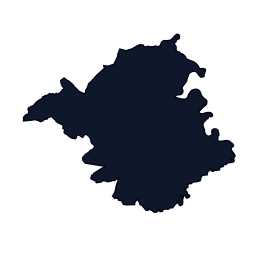 the district of Mexticacán, Jalisco, Mexico, rotated 263°
{"feature_id": "50627088B62341505788280", "entity_name": "Mexticacán", "entity_type": "district", "adm_level": 2, "iso_a3": "MEX", "parent_name": "Mexico", "parent_adm1": "Jalisco", "projection": "natural_earth1", "projection_center": [-102.764, 21.278], "detail": "fine", "context": "isolated", "style": "filled", "palette": "ink", "viewbox_px": 256, "rotation_deg": 263, "n_neighbors": 0, "source": "geoboundaries", "source_scale": "gbopen_adm2", "svg_char_len": 5816}
<svg xmlns="http://www.w3.org/2000/svg" viewBox="0 0 256 256"><g transform="rotate(263 128 128)"><path d="M185.4,70.7L183.3,67.0L179.6,67.2L179.4,67.7L177.4,67.8L176.4,68.9L175.6,69.2L174.9,69.2L173.4,67.1L172.8,66.8L172.3,66.8L172.1,65.8L171.4,65.6L171.2,64.8L170.9,64.5L170.8,63.3L170.4,63.0L170.1,62.1L170.2,61.7L171.1,61.0L170.4,60.0L170.2,58.6L171.3,57.5L171.2,57.2L171.0,55.9L171.5,54.9L171.5,54.3L171.4,53.8L169.9,51.2L170.4,49.8L169.4,49.1L169.1,47.5L169.4,47.4L169.1,47.0L168.3,46.8L167.7,46.3L167.6,45.6L167.0,45.1L166.4,42.9L164.5,39.9L162.0,37.2L161.6,36.5L161.6,36.1L161.2,35.6L161.2,34.3L160.3,33.3L160.4,32.3L159.7,31.6L158.8,31.1L157.9,31.2L157.7,31.7L157.2,31.8L154.6,31.1L154.1,30.7L153.9,30.2L153.4,28.1L152.9,27.3L151.9,26.9L151.6,25.8L147.8,25.2L147.6,33.1L147.7,37.5L147.0,38.2L146.9,39.0L145.1,41.9L145.0,42.4L145.5,44.2L145.9,44.1L146.9,46.8L146.8,48.3L147.0,49.1L148.0,49.3L148.5,51.4L148.7,53.8L148.0,54.6L147.3,54.6L144.8,56.9L143.2,57.6L141.1,60.1L139.8,62.5L138.8,63.6L138.2,64.0L137.9,63.8L137.5,63.9L136.3,63.6L135.8,63.3L134.2,65.0L132.1,64.2L131.2,64.2L130.5,64.5L128.7,67.0L127.1,68.3L125.1,70.6L124.1,73.4L124.1,74.1L123.9,74.2L124.5,75.2L125.1,75.6L127.1,76.1L127.1,78.4L124.2,81.7L124.5,82.2L125.7,83.0L126.8,84.5L127.0,85.8L126.4,86.4L124.3,88.3L121.7,89.5L118.4,89.8L117.3,90.2L116.7,90.8L115.8,91.6L115.2,92.7L113.9,92.5L112.2,91.8L111.5,91.0L110.7,89.7L110.5,88.1L108.6,86.0L107.1,82.8L104.5,79.8L103.5,79.4L102.0,79.3L100.3,79.8L99.6,80.5L98.4,81.2L92.7,101.1L92.1,99.5L91.8,99.4L91.5,97.9L90.2,95.1L87.0,88.5L86.3,87.9L85.8,87.8L85.4,86.2L83.5,85.6L82.9,85.1L82.0,85.2L79.1,89.9L78.0,89.7L77.6,90.1L77.7,91.7L77.6,92.3L77.6,94.4L78.6,95.9L78.8,97.6L78.2,99.3L77.2,100.9L77.3,103.6L77.9,106.9L77.5,107.9L77.9,109.1L78.9,110.2L78.7,111.5L79.5,112.7L79.2,112.8L78.3,112.4L72.4,109.5L66.0,107.3L62.1,104.4L61.6,105.1L60.0,106.1L59.7,108.3L59.8,109.4L59.1,109.4L59.1,109.9L57.5,109.9L56.4,113.3L55.0,113.3L52.8,114.1L52.0,116.9L51.2,125.2L52.2,125.3L54.4,126.3L55.9,129.0L52.3,130.4L50.2,130.8L50.1,132.0L45.9,134.9L44.4,135.5L43.9,137.6L44.8,139.2L43.4,141.5L41.5,143.6L41.1,144.5L41.1,145.6L41.8,147.4L43.1,148.5L43.0,149.7L42.2,149.7L41.7,149.3L41.2,149.6L41.1,152.0L41.8,151.8L42.3,152.0L42.7,152.5L42.7,153.4L43.0,153.8L42.9,155.0L43.3,155.2L43.4,155.8L42.7,157.0L42.5,157.9L43.1,159.4L44.0,160.5L43.4,161.9L43.4,162.6L46.6,165.7L47.1,166.4L47.6,167.9L49.0,168.5L49.2,169.4L49.1,170.1L46.5,169.2L46.0,169.2L44.8,169.9L44.5,170.6L45.4,172.4L45.7,172.8L48.2,173.3L50.5,173.4L52.5,174.5L53.2,174.5L53.4,174.2L53.3,172.2L53.4,171.7L54.1,171.7L54.8,172.0L55.0,173.4L54.1,174.5L53.8,176.3L53.3,177.0L51.8,177.3L51.4,177.7L51.3,178.6L52.3,180.5L52.5,180.7L53.6,180.7L54.2,180.2L54.9,179.1L57.6,178.6L58.3,177.8L58.6,177.7L58.6,177.2L59.5,176.6L60.0,176.5L60.5,176.9L60.2,177.8L61.7,179.0L62.0,180.3L63.8,180.2L65.2,181.4L65.4,182.1L65.1,183.4L65.2,184.2L66.4,185.4L66.5,191.4L67.1,193.4L69.1,194.0L71.6,195.3L72.1,198.8L71.8,200.7L72.7,201.1L74.0,200.8L74.5,201.7L75.4,202.3L75.8,203.9L76.6,203.7L77.2,204.3L77.1,205.7L75.4,205.8L74.8,206.5L74.7,207.2L75.5,208.9L75.1,210.9L75.7,211.8L75.2,212.7L75.2,213.3L75.6,213.8L76.8,213.9L77.7,214.3L77.9,214.8L78.2,217.7L80.2,219.1L80.3,219.6L80.0,220.1L79.8,220.8L81.2,222.5L81.3,227.4L81.8,228.9L82.7,229.4L83.7,229.3L83.3,227.4L83.6,226.7L84.0,226.4L84.7,227.1L85.3,229.2L87.3,230.8L90.2,229.7L92.6,228.2L94.4,227.8L95.4,227.9L95.9,228.2L97.3,230.5L98.4,230.4L99.7,229.8L100.9,228.3L102.3,227.4L103.3,225.3L103.6,223.5L103.4,218.4L103.6,217.2L104.2,215.9L104.8,215.5L105.6,215.5L108.7,216.3L109.8,217.3L111.7,217.4L113.1,217.0L114.8,217.0L115.5,216.5L116.3,215.1L116.6,213.1L116.0,211.6L113.9,210.5L112.6,211.1L111.7,210.9L110.7,209.9L110.2,208.9L110.0,207.1L110.3,206.0L111.4,204.6L112.9,203.8L115.6,203.5L117.2,203.6L119.3,202.9L122.2,202.7L123.3,203.0L124.9,204.1L125.7,205.5L127.2,206.8L127.7,208.4L129.5,209.2L129.7,209.8L129.2,211.5L129.2,212.5L129.9,213.3L131.0,213.4L131.7,213.2L133.0,211.9L133.5,210.6L133.6,207.3L132.9,203.7L133.3,202.1L133.7,201.1L134.5,200.5L135.3,200.5L136.3,201.1L139.3,204.7L141.2,207.7L142.0,208.7L144.2,209.4L145.4,209.4L146.2,209.0L149.2,206.1L150.2,205.5L152.4,204.5L154.9,204.1L156.0,203.5L157.0,202.7L158.0,201.0L158.2,198.8L157.8,196.5L157.0,195.1L153.6,192.1L152.0,191.5L150.5,190.5L149.9,189.3L149.6,187.8L150.3,184.3L151.8,180.4L152.3,179.4L152.9,178.9L153.5,178.9L154.7,179.7L154.9,181.0L154.7,183.8L155.2,185.3L156.4,186.5L158.5,187.1L160.2,186.4L161.9,186.7L162.5,187.1L167.2,191.7L170.6,192.9L172.7,194.3L173.8,194.5L174.5,195.0L175.7,197.0L176.3,198.6L176.4,199.7L176.1,201.3L175.3,203.0L171.7,205.0L169.8,206.3L169.6,206.9L169.6,208.2L170.1,209.7L170.4,209.9L172.2,210.0L174.1,211.2L176.0,211.9L176.8,211.8L177.6,210.6L177.9,209.3L177.9,207.2L178.4,206.3L179.4,205.6L181.0,205.2L184.0,203.1L185.8,200.9L188.9,195.1L190.5,193.9L192.1,193.4L194.1,191.9L195.7,189.3L197.2,188.2L197.5,186.4L198.3,185.8L198.6,185.1L203.0,185.6L205.2,184.4L206.4,184.2L206.9,184.4L207.6,186.0L208.7,186.3L209.6,187.0L210.6,189.8L212.7,190.2L213.7,190.1L214.5,189.6L214.9,188.7L214.9,187.4L214.2,186.6L213.1,184.8L211.4,183.2L210.4,181.8L210.0,180.7L209.8,177.8L210.3,174.4L210.0,173.3L209.1,171.8L205.9,170.1L205.2,169.0L205.1,168.3L205.1,167.4L205.9,165.5L205.6,162.5L205.8,160.3L206.6,157.7L206.3,154.6L206.4,154.1L207.0,153.6L208.2,153.4L208.9,151.5L209.1,149.5L208.0,146.1L207.1,144.5L205.8,140.7L205.4,139.1L205.6,138.4L205.1,137.1L205.0,136.0L205.1,134.7L206.4,132.2L207.2,129.3L204.5,128.2L202.5,126.9L200.6,126.7L193.0,121.9L191.7,115.9L192.8,111.6L189.9,111.8L184.5,103.9L178.3,96.8L176.8,94.5L173.4,92.8L170.5,90.7L166.7,89.5L170.4,83.6L174.3,80.8L174.6,80.1L176.0,79.6L176.3,78.8L177.6,78.6L180.8,75.8L181.9,74.8L182.7,73.4L185.4,70.7Z" fill="#0f172a" stroke="#020617" stroke-width="1.5"/></g></svg>